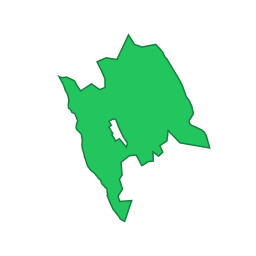 Yangiyul, Tashkent, Uzbekistan, rotated 112°
{"feature_id": "79887680B33047546093113", "entity_name": "Yangiyul", "entity_type": "district", "adm_level": 2, "iso_a3": "UZB", "parent_name": "Uzbekistan", "parent_adm1": "Tashkent", "projection": "orthographic", "projection_center": [69.037, 41.099], "detail": "fine", "context": "isolated", "style": "filled", "palette": "green", "viewbox_px": 256, "rotation_deg": 112, "n_neighbors": 0, "source": "geoboundaries", "source_scale": "gbopen_adm2", "svg_char_len": 1660}
<svg xmlns="http://www.w3.org/2000/svg" viewBox="0 0 256 256"><g transform="rotate(112 128 128)"><path d="M212.8,104.5L213.2,103.8L213.8,102.9L214.9,101.5L215.5,100.2L215.6,98.6L215.6,97.7L215.9,96.8L215.9,96.1L193.9,97.4L199.2,108.2L194.9,111.7L186.6,110.2L178.9,116.7L173.7,115.9L162.4,121.6L153.3,116.4L149.9,110.3L157.7,101.1L151.6,96.5L149.2,92.2L140.7,96.0L142.6,89.1L137.4,86.7L132.5,91.8L125.4,87.1L115.3,89.8L122.3,74.2L115.9,44.8L106.2,52.2L103.4,55.4L102.2,59.0L101.6,70.8L100.5,72.8L98.4,74.1L90.3,72.7L83.8,77.1L79.3,82.0L77.5,85.4L67.9,93.9L64.0,98.5L49.3,118.0L48.5,120.2L45.0,123.9L42.2,129.0L40.1,133.7L47.6,145.2L48.2,153.2L41.5,162.4L68.6,163.9L71.2,174.7L78.2,181.5L84.9,173.9L91.0,167.8L99.0,164.5L103.0,168.5L100.8,178.5L104.7,181.1L111.4,185.8L107.2,191.9L104.3,195.3L104.0,200.0L103.8,204.0L105.2,206.4L106.3,209.3L106.2,211.2L109.9,206.7L112.4,203.7L116.5,200.3L119.9,196.2L124.3,193.3L129.1,192.0L131.9,190.5L132.4,188.2L134.5,185.9L134.7,182.4L138.8,178.7L140.4,177.2L142.8,177.3L145.9,176.7L148.4,175.3L150.1,171.4L151.0,169.1L154.7,166.9L157.1,165.5L160.7,164.5L164.7,162.3L168.0,159.4L171.6,157.2L173.3,155.3L175.3,153.9L178.6,150.9L181.2,146.7L182.1,143.2L183.0,141.3L184.8,137.8L185.6,136.7L186.6,133.9L188.2,132.5L189.8,131.0L190.8,128.3L191.6,127.1L192.1,124.8L194.9,123.4L197.4,121.9L198.5,122.0L199.0,121.2L200.6,120.1L201.4,119.0L203.1,117.5L206.0,114.5L208.9,111.5L209.7,110.0L212.8,104.5ZM144.7,134.4L140.0,140.7L138.9,140.0L134.4,146.0L131.7,144.4L128.8,148.2L125.3,145.2L124.5,142.7L131.0,136.7L137.7,129.4L142.2,122.8L146.5,122.3L141.2,132.0L144.7,134.4Z" fill="#22c55e" stroke="#15803d" stroke-width="1.5"/></g></svg>